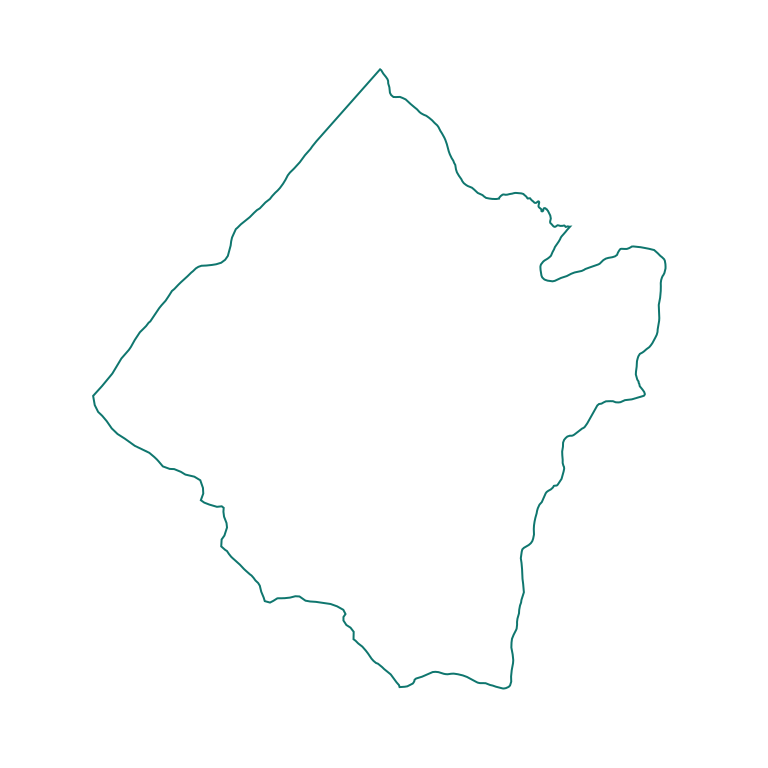 outline of Long, Louang Namtha, Laos, rotated 175°
{"feature_id": "54806243B81400796532262", "entity_name": "Long", "entity_type": "district", "adm_level": 2, "iso_a3": "LAO", "parent_name": "Laos", "parent_adm1": "Louang Namtha", "projection": "mercator", "projection_center": [100.748, 20.99], "detail": "fine", "context": "isolated", "style": "outline", "palette": "teal", "viewbox_px": 768, "rotation_deg": 175, "n_neighbors": 0, "source": "geoboundaries", "source_scale": "gbopen_adm2", "svg_char_len": 6110}
<svg xmlns="http://www.w3.org/2000/svg" viewBox="0 0 768 768"><g transform="rotate(175 384 384)"><path d="M394.9,80.7L389.7,80.6L387.1,80.8L381.4,83.1L380.6,84.0L379.8,85.1L379.3,86.7L377.7,87.8L371.6,89.1L360.6,92.8L357.9,92.8L354.8,92.2L349.7,90.1L347.9,89.6L345.9,89.3L342.4,89.5L339.8,89.4L335.6,88.4L330.8,86.8L326.8,84.9L318.7,79.6L316.8,78.4L314.7,77.7L308.9,77.1L304.5,74.9L302.0,74.1L298.9,72.7L292.4,70.4L291.2,70.2L289.1,70.4L286.2,71.4L284.7,72.7L283.2,76.4L282.9,81.5L281.7,87.8L279.8,94.6L279.3,97.6L279.4,103.4L280.1,110.4L279.5,115.3L278.7,119.0L276.7,122.9L274.0,127.2L273.2,128.7L272.4,132.6L272.2,135.4L271.5,138.6L269.5,143.8L269.0,147.2L267.8,151.5L266.5,154.3L265.9,156.9L262.8,164.3L262.8,172.7L263.0,177.8L262.6,187.4L262.6,193.8L262.9,198.5L261.4,205.0L260.6,207.2L258.9,208.6L253.8,211.0L251.6,212.6L250.0,214.5L248.9,216.9L247.7,221.0L247.4,226.6L246.9,230.0L246.0,233.8L244.8,237.7L243.2,241.9L242.6,244.2L241.6,246.8L239.6,250.3L237.1,252.6L232.4,261.1L231.3,262.3L229.6,263.3L226.9,264.5L224.7,266.2L223.7,267.7L223.1,267.8L221.0,267.8L220.4,268.0L219.7,268.6L215.4,274.0L212.7,281.2L211.9,283.9L211.9,285.6L212.4,287.0L212.9,289.7L212.6,293.0L212.6,297.4L212.4,301.2L211.2,305.9L210.7,310.0L209.4,312.7L207.7,314.4L205.9,315.7L203.3,316.3L202.0,316.1L200.6,316.2L199.0,316.9L190.6,322.3L189.0,322.9L187.8,323.7L185.0,327.0L173.4,344.0L171.6,345.3L169.0,345.5L166.9,346.5L164.4,347.4L160.2,347.2L157.4,346.9L154.8,345.6L152.0,345.2L150.0,345.3L145.4,346.9L138.5,347.1L126.2,349.6L125.7,350.0L125.0,351.2L125.5,353.4L126.9,355.8L129.4,359.5L129.7,361.9L130.2,363.0L130.2,364.3L131.3,366.3L132.3,371.6L131.9,374.3L130.8,379.2L130.0,384.7L129.1,387.3L128.2,389.4L126.5,391.7L123.9,392.8L122.2,393.8L119.5,395.8L116.5,397.6L114.8,399.3L113.1,401.3L109.7,406.5L108.0,409.3L107.0,412.0L106.6,414.6L104.4,423.0L104.0,425.7L103.4,438.8L101.4,445.9L100.2,452.6L99.7,457.3L99.5,460.5L98.8,463.5L97.8,465.9L97.0,467.3L96.2,468.2L95.0,470.1L93.5,474.5L93.3,476.3L93.2,478.9L93.5,482.4L94.1,483.9L95.9,486.0L97.6,487.6L99.8,490.3L103.2,493.9L108.2,495.6L112.4,496.8L116.4,497.9L123.6,499.3L125.3,499.3L126.3,498.7L128.3,497.9L130.3,497.4L132.0,497.5L135.6,498.0L136.7,497.9L138.0,496.6L139.5,494.5L140.6,492.3L142.8,491.0L145.6,490.4L149.4,490.1L152.0,489.6L154.7,488.3L158.7,485.0L160.2,484.4L168.9,482.2L173.4,481.0L174.7,480.3L177.2,479.4L184.4,478.5L187.9,477.5L192.5,475.6L198.5,474.2L204.8,471.9L207.1,471.6L212.0,472.7L214.5,473.8L215.4,474.4L217.1,476.4L217.7,478.3L218.1,484.0L218.0,487.1L217.7,488.2L217.2,489.4L214.7,492.1L213.2,493.1L210.1,494.6L208.1,495.9L206.5,497.2L204.5,500.9L202.9,503.3L201.8,505.5L197.5,510.7L195.9,513.0L195.1,514.5L194.2,515.6L190.0,519.6L188.2,521.5L185.0,524.5L185.6,524.5L186.7,524.9L187.5,525.0L189.2,524.6L189.5,524.8L190.2,525.9L190.7,526.2L192.3,526.0L194.3,526.1L194.8,526.2L196.0,526.7L197.2,527.0L197.7,526.8L199.4,525.8L200.3,525.7L201.0,526.0L201.6,526.5L203.2,528.7L204.2,529.8L204.4,530.6L204.3,531.6L203.4,534.3L203.7,537.4L205.6,542.2L206.4,543.3L206.6,543.8L207.2,544.1L207.7,544.8L208.2,545.1L209.0,545.2L209.5,545.0L209.9,544.3L210.3,542.8L211.0,542.2L211.4,542.2L211.8,542.3L212.1,542.6L212.0,544.0L212.2,544.5L214.1,546.4L214.5,547.1L214.6,547.7L214.4,548.7L214.1,549.5L213.6,551.1L213.6,551.8L213.9,552.3L214.4,552.5L214.9,552.3L216.4,551.3L217.1,551.2L217.8,551.3L218.3,551.5L219.7,553.1L220.6,553.9L221.8,555.4L222.2,556.2L223.4,556.4L224.5,556.2L225.0,556.6L225.6,557.8L226.3,558.7L228.0,560.4L228.5,561.1L230.5,561.9L235.6,562.8L236.9,562.9L238.6,562.7L239.4,562.5L242.0,562.3L244.7,561.9L246.3,561.9L247.9,562.3L248.7,562.4L249.6,562.2L250.4,561.6L251.1,561.3L252.9,559.6L253.2,559.1L253.2,558.7L256.0,558.5L259.8,558.9L263.0,559.6L266.1,560.5L267.9,562.0L269.4,563.6L274.0,566.2L277.3,569.9L279.3,571.9L283.4,574.0L285.1,575.3L287.0,577.1L288.3,579.2L289.1,581.3L291.2,584.9L292.9,588.5L293.6,591.6L293.9,596.0L294.9,598.2L295.5,600.4L296.9,603.1L298.4,607.1L299.2,610.1L300.5,617.5L301.6,621.8L302.4,624.1L304.4,628.6L305.8,631.3L307.3,635.1L308.4,637.0L310.9,639.7L313.1,642.5L315.7,645.1L318.5,647.5L321.0,648.8L323.4,650.4L324.9,651.8L327.2,654.8L329.4,656.9L333.0,660.5L337.6,665.6L340.5,667.3L343.1,668.6L347.1,668.8L349.6,669.1L351.7,671.2L352.7,673.6L352.8,679.2L353.6,683.0L353.5,685.6L354.0,687.4L355.3,689.7L357.7,693.3L359.4,696.8L360.5,697.8L430.2,631.7L434.8,626.9L436.7,624.6L442.8,618.8L448.5,612.3L454.8,606.5L459.3,602.8L461.7,600.2L464.3,596.1L467.1,592.3L470.6,588.3L473.1,586.0L475.7,584.0L479.1,580.9L481.5,578.3L486.3,575.2L492.4,569.8L495.4,568.3L498.5,565.9L503.2,561.9L512.6,555.6L516.3,552.5L518.1,551.2L522.6,543.2L523.8,539.5L524.7,535.3L528.4,525.2L531.4,521.6L535.6,519.0L540.8,517.9L545.1,517.6L550.6,517.5L555.5,517.7L558.7,516.9L561.3,515.6L564.5,513.0L566.3,511.8L570.3,508.5L577.4,503.1L580.2,500.8L584.6,496.9L587.2,495.1L590.3,491.0L594.3,486.0L598.8,481.8L601.4,479.1L611.4,466.7L613.1,465.6L616.0,462.4L622.7,456.8L628.5,449.5L632.9,443.0L635.2,440.2L643.4,432.3L653.7,418.1L665.0,406.6L674.8,397.5L674.0,388.2L671.2,381.1L667.5,376.9L663.5,371.2L659.1,363.5L653.8,357.4L646.9,352.1L637.6,344.1L623.8,335.9L619.2,331.3L616.9,328.7L615.3,326.6L611.5,321.2L604.9,318.1L600.4,317.5L594.0,314.2L589.8,311.1L581.0,308.2L575.4,304.1L573.4,296.2L573.6,290.6L576.6,284.2L573.4,281.5L568.5,279.1L561.1,276.2L556.3,276.3L554.5,274.6L555.1,270.7L554.9,265.8L553.0,259.2L552.9,254.7L556.2,246.9L559.3,243.3L560.3,236.4L556.7,232.6L555.0,231.3L553.3,228.2L551.3,225.2L549.7,223.4L543.3,216.6L539.8,212.1L537.9,210.0L534.1,206.0L532.7,204.8L530.8,202.2L529.2,199.5L526.7,196.7L525.3,193.9L524.4,187.8L522.5,181.8L521.7,178.1L516.6,176.2L513.2,177.6L508.9,179.8L502.0,179.3L496.2,179.4L490.8,180.3L486.7,179.7L481.1,175.0L476.6,173.8L470.8,172.9L456.4,169.5L450.1,166.6L444.2,162.6L442.4,158.2L444.7,155.4L445.0,151.9L442.5,147.2L438.6,144.2L435.8,139.8L436.6,132.4L434.7,130.7L432.3,127.8L428.5,124.3L425.3,119.9L423.4,116.9L420.4,111.5L418.6,109.1L416.3,106.8L414.4,105.9L410.5,102.1L408.7,100.0L402.6,94.1L397.5,85.7L395.3,82.7L394.9,80.7Z" fill="none" stroke="#0f766e" stroke-width="2"/></g></svg>